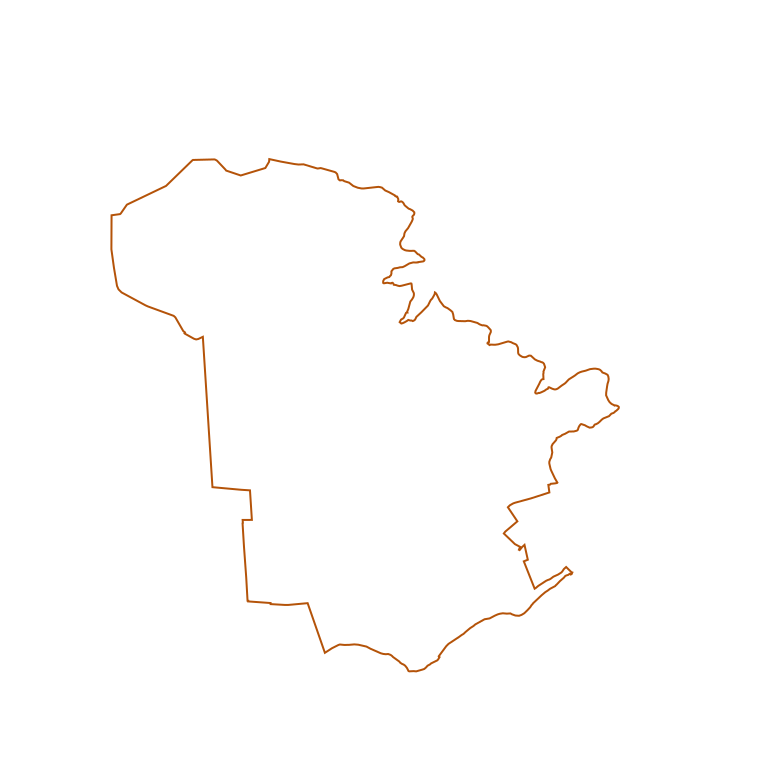 the district of Tuzla, Constanta, Romania, rotated 68°
{"feature_id": "2599482B16901594770038", "entity_name": "Tuzla", "entity_type": "district", "adm_level": 2, "iso_a3": "ROU", "parent_name": "Romania", "parent_adm1": "Constanta", "projection": "natural_earth1", "projection_center": [28.608, 44.001], "detail": "fine", "context": "isolated", "style": "outline", "palette": "amber", "viewbox_px": 768, "rotation_deg": 68, "n_neighbors": 0, "source": "geoboundaries", "source_scale": "gbopen_adm2", "svg_char_len": 6141}
<svg xmlns="http://www.w3.org/2000/svg" viewBox="0 0 768 768"><g transform="rotate(68 384 384)"><path d="M611.1,539.5L609.5,531.2L608.9,524.0L609.0,522.5L611.1,518.5L612.8,514.0L614.3,509.1L616.1,505.5L620.9,498.6L624.4,495.7L632.5,487.8L634.0,485.8L635.2,483.6L635.9,481.3L637.6,479.4L639.2,478.4L640.5,477.9L647.2,473.7L648.4,473.4L650.2,472.2L651.5,470.9L653.1,469.9L655.8,469.1L659.3,468.8L659.9,468.2L661.3,464.1L662.5,461.8L663.2,455.2L663.3,453.4L662.6,451.3L661.5,449.1L661.2,446.3L660.7,445.1L660.2,438.1L659.6,436.9L658.1,434.9L657.6,435.3L657.0,435.3L650.4,424.5L649.1,421.5L646.6,409.1L645.8,406.0L645.5,403.9L644.4,401.1L642.6,395.5L641.9,391.7L641.1,389.4L639.8,378.9L640.9,373.9L640.3,368.0L640.2,364.9L640.4,362.7L641.1,359.7L642.9,356.2L644.1,352.7L645.4,351.7L647.9,348.9L649.5,345.6L649.6,343.0L649.1,339.8L647.4,335.6L645.7,332.0L644.4,330.2L643.6,328.5L643.2,328.0L638.9,317.0L637.4,312.4L636.9,309.7L636.1,306.8L635.5,301.0L634.9,299.9L634.8,299.4L632.7,294.8L630.9,289.6L630.0,288.1L629.8,286.8L630.0,284.6L629.5,282.9L629.7,282.5L630.6,282.2L630.5,281.2L629.3,280.0L628.7,280.7L621.9,283.7L623.0,286.6L624.6,288.9L625.2,290.2L625.9,294.0L626.1,299.1L627.0,302.4L627.2,303.8L627.1,305.5L627.2,307.5L629.0,316.6L630.0,319.7L630.2,321.0L600.8,320.8L600.8,316.5L585.8,314.0L586.9,317.0L588.8,320.5L588.2,321.0L586.0,318.8L581.5,322.6L567.5,328.9L566.3,326.9L561.3,311.8L544.7,315.3L543.6,312.7L543.1,308.9L543.2,306.8L545.1,290.7L546.5,271.3L539.1,269.4L539.5,267.8L539.0,266.8L540.2,262.7L540.6,260.7L540.4,260.2L535.4,260.9L527.0,261.4L525.2,261.4L519.6,260.5L518.1,259.9L516.0,258.1L514.8,256.5L510.5,253.6L505.8,252.5L504.5,251.9L502.9,250.2L500.7,245.8L500.1,245.0L498.7,244.1L498.7,240.9L498.4,238.9L498.0,238.0L498.0,234.8L497.4,230.3L499.1,225.8L499.5,222.8L499.3,221.8L498.8,221.2L497.2,219.9L496.0,218.5L495.3,217.3L495.0,216.6L495.1,216.0L497.5,213.2L499.3,211.8L501.5,209.7L502.1,207.5L502.1,206.4L501.7,205.4L501.0,204.6L500.5,203.3L500.7,202.5L500.5,200.4L499.9,198.5L498.6,195.4L498.1,193.5L498.1,187.4L496.7,184.3L496.8,182.1L496.5,180.8L496.0,179.9L495.8,178.6L494.9,176.2L494.2,175.3L493.3,174.9L492.3,175.3L491.7,175.8L491.0,176.7L490.2,178.0L490.3,178.4L489.5,178.9L487.7,180.5L485.4,181.6L483.0,182.1L477.7,182.3L475.2,181.2L469.7,178.0L467.6,176.7L465.3,174.8L463.5,173.8L461.0,173.2L459.2,173.3L457.3,174.8L455.1,177.2L453.7,177.5L451.9,178.3L451.0,179.1L450.2,180.2L449.1,182.0L448.4,183.7L447.4,187.4L447.2,192.0L446.6,196.0L446.5,198.2L446.7,200.5L447.7,204.0L448.8,210.0L449.0,211.0L450.9,215.1L451.3,216.3L452.0,219.8L453.3,224.5L453.4,225.7L453.3,226.9L452.8,228.1L451.5,229.7L448.9,232.1L448.7,232.7L449.8,233.9L449.8,235.4L450.4,237.7L450.6,241.1L450.6,243.2L450.2,243.9L450.2,245.3L449.9,246.4L449.4,246.9L448.6,247.0L447.2,246.1L442.1,240.1L440.2,238.1L439.1,236.4L438.9,235.4L439.2,234.3L434.4,232.6L433.5,231.9L432.2,231.5L428.8,228.3L425.2,228.1L424.0,228.5L423.2,229.1L422.8,229.8L421.7,230.8L419.9,233.0L417.7,234.9L412.8,237.2L412.0,238.8L412.2,242.3L411.8,243.7L411.1,245.0L410.4,245.8L408.5,247.2L406.8,248.0L405.5,248.0L401.5,246.5L400.1,246.2L397.4,246.5L396.4,247.1L394.2,249.4L393.0,250.3L391.1,252.8L390.9,253.8L390.0,263.2L389.2,266.4L387.4,270.4L387.5,271.5L387.3,271.7L385.4,272.2L385.7,272.5L385.4,272.8L384.9,272.8L384.4,272.2L384.4,271.7L384.6,271.3L384.4,270.9L379.7,269.0L378.3,268.1L375.8,265.5L374.7,265.0L373.8,264.9L370.1,266.3L368.9,266.9L368.2,267.6L366.8,269.8L366.5,270.8L366.0,271.4L364.4,273.1L362.4,274.5L358.0,280.2L356.8,282.6L356.2,285.2L353.5,291.4L352.8,292.7L351.3,294.3L349.9,294.8L345.4,293.8L342.8,293.6L340.6,294.7L337.4,296.7L336.2,297.9L334.3,299.4L328.0,301.1L320.5,301.6L318.7,302.1L318.2,302.5L319.6,303.3L321.2,305.2L322.9,307.4L323.5,308.9L324.3,310.0L327.7,313.8L331.5,322.5L333.9,328.8L335.8,330.9L336.2,331.7L336.4,332.8L336.4,333.8L335.5,334.6L335.1,335.7L333.7,337.5L334.1,339.0L334.5,341.8L334.6,343.9L334.4,345.3L332.5,346.3L330.7,344.1L330.3,341.5L329.8,340.6L326.3,336.9L326.2,336.3L326.5,335.5L325.6,335.4L323.6,333.4L317.4,328.7L316.1,326.4L314.6,324.4L313.3,323.3L311.7,322.5L310.6,322.3L307.0,322.6L301.7,321.0L301.1,321.0L300.7,321.7L299.5,330.8L299.0,333.0L297.7,334.8L296.9,335.6L295.6,337.8L294.5,337.7L293.4,338.1L293.1,339.3L293.4,339.8L291.3,343.1L290.6,346.4L289.9,346.9L288.3,346.2L287.8,345.7L286.8,344.5L286.5,340.8L286.8,339.0L286.2,338.1L285.8,336.9L284.5,335.8L282.3,334.9L280.8,332.3L280.7,331.0L281.5,327.8L281.8,325.4L282.6,323.0L282.5,320.7L281.7,315.3L282.2,311.4L283.5,308.5L283.6,307.6L284.0,307.1L283.8,306.6L285.0,301.8L284.9,300.9L284.5,300.2L283.9,299.9L283.3,299.8L281.3,300.6L280.2,301.6L277.0,303.1L276.2,304.1L272.7,305.5L271.7,306.3L270.3,310.1L268.6,313.3L267.6,314.6L265.7,316.2L264.1,316.9L260.8,316.8L259.2,316.1L258.1,315.3L254.5,310.1L252.0,308.6L250.5,307.0L248.5,303.3L243.8,297.4L242.2,295.8L241.3,295.3L239.7,295.2L239.0,294.5L238.2,292.7L237.1,291.9L236.1,291.6L233.9,292.5L231.8,294.2L230.6,295.5L226.1,297.9L223.6,298.2L222.2,298.7L221.3,299.4L221.0,300.0L221.0,301.2L220.8,301.8L219.9,302.5L218.0,301.5L215.3,301.6L215.1,302.2L214.7,302.2L214.0,303.2L213.3,303.2L208.0,307.5L205.0,310.4L201.2,312.3L200.1,313.7L199.1,315.4L195.1,329.6L194.2,331.7L192.2,334.8L188.9,338.3L184.2,341.0L181.0,344.9L179.7,345.7L179.7,346.0L178.9,347.5L178.8,348.5L178.3,348.9L177.1,349.5L171.8,348.8L169.7,349.6L168.7,350.6L160.5,361.2L160.0,362.0L159.4,364.7L158.8,365.6L150.2,376.3L148.5,381.0L146.6,384.5L139.1,396.4L132.5,406.1L134.9,407.3L139.3,413.1L137.0,438.7L127.0,450.4L125.8,450.7L114.3,455.2L112.8,456.4L112.2,457.2L104.7,477.2L104.8,477.8L118.7,511.9L121.4,555.1L121.6,555.5L127.3,564.2L127.6,565.1L125.5,573.4L157.0,586.3L174.9,590.8L193.0,594.8L196.8,594.7L200.8,593.0L221.7,575.7L223.6,573.9L242.0,553.5L244.0,552.5L259.7,550.3L261.6,549.2L262.2,550.0L262.7,549.8L270.9,543.2L272.3,541.5L272.7,539.4L272.4,534.3L415.4,581.7L428.5,556.2L432.4,548.1L460.5,557.4L457.1,566.0L460.0,566.9L460.1,567.3L482.2,574.7L512.0,584.3L533.8,591.7L534.1,591.1L534.7,591.4L544.6,571.2L545.6,571.6L551.6,558.9L552.9,555.8L558.6,536.9L611.1,539.5Z" fill="none" stroke="#b45309" stroke-width="2"/></g></svg>